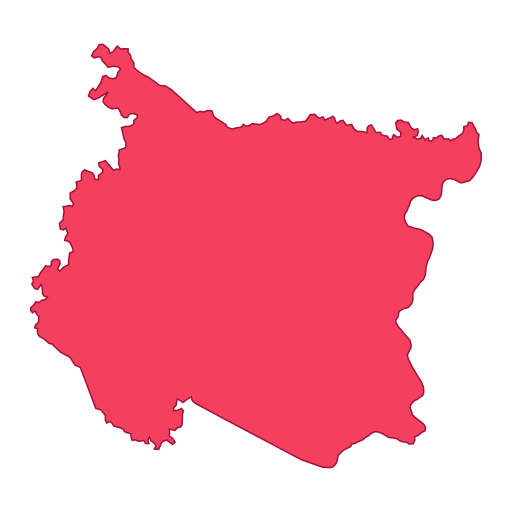 outline of Coronel Domingos Soares, Paraná, Brazil, rotated 90°
{"feature_id": "56859067B31393521005465", "entity_name": "Coronel Domingos Soares", "entity_type": "district", "adm_level": 2, "iso_a3": "BRA", "parent_name": "Brazil", "parent_adm1": "Paraná", "projection": "mercator", "projection_center": [-51.965, -26.173], "detail": "fine", "context": "isolated", "style": "filled", "palette": "rose", "viewbox_px": 512, "rotation_deg": 90, "n_neighbors": 0, "source": "geoboundaries", "source_scale": "gbopen_adm2", "svg_char_len": 5731}
<svg xmlns="http://www.w3.org/2000/svg" viewBox="0 0 512 512"><g transform="rotate(90 256 256)"><path d="M430.8,87.0L427.5,86.4L424.6,88.0L422.8,89.9L417.3,97.0L414.8,99.6L412.0,100.4L408.7,101.6L405.8,102.0L403.4,100.1L400.6,97.6L399.5,95.0L397.5,92.4L395.5,89.3L392.3,88.2L386.8,88.6L382.1,90.6L376.4,94.1L365.8,100.4L359.4,103.5L355.1,104.7L350.5,102.5L347.7,101.0L344.0,101.0L340.0,102.2L332.5,108.9L329.6,110.9L327.7,113.0L322.7,116.0L320.0,116.3L317.2,114.1L311.3,112.9L308.8,108.6L307.5,103.8L304.0,100.6L300.4,99.2L296.9,99.2L293.0,99.2L289.8,97.3L286.9,95.1L284.8,93.4L282.3,91.8L279.6,88.7L276.2,87.1L273.5,86.4L267.1,86.0L264.4,85.2L260.2,83.9L257.1,82.3L248.5,79.3L244.3,78.9L240.4,79.2L237.1,80.0L234.0,83.0L229.6,91.1L228.0,98.3L226.0,104.0L222.0,106.5L218.1,107.7L214.4,107.3L210.8,105.0L203.9,102.2L200.8,101.3L198.0,98.6L195.8,94.6L195.7,90.3L197.2,86.9L199.8,80.9L200.4,78.3L200.2,75.5L198.9,72.9L196.5,71.4L192.6,70.4L187.7,70.1L183.9,69.5L181.4,68.2L179.2,65.3L178.6,62.3L179.5,57.8L183.0,50.8L180.7,42.5L176.9,38.9L170.6,34.8L166.3,32.4L161.5,31.1L158.3,30.7L153.5,30.7L147.9,33.1L141.5,34.0L134.7,33.0L132.7,35.2L128.5,36.9L122.8,40.0L122.2,43.5L125.7,44.4L126.8,48.3L129.6,48.1L132.8,49.1L134.8,51.5L136.5,54.1L138.8,56.4L139.2,59.4L140.8,61.4L138.8,63.3L139.1,67.8L135.2,70.4L136.2,73.5L138.3,76.0L137.7,78.7L140.4,79.0L141.2,82.7L137.9,83.8L139.9,86.9L135.5,89.9L138.2,91.1L139.1,94.8L137.2,98.4L135.6,94.8L132.0,93.7L128.8,94.4L129.8,97.7L127.6,101.0L124.5,102.6L122.3,103.8L122.3,107.3L120.1,110.8L120.5,114.4L122.8,116.3L129.2,115.2L132.3,111.3L136.0,111.3L137.4,114.1L134.7,118.5L139.1,120.0L139.4,122.9L136.2,124.5L135.6,127.7L134.9,130.6L132.4,131.3L132.4,136.2L128.6,138.3L124.9,140.7L125.8,143.5L128.0,144.8L132.8,145.0L131.8,148.2L131.4,151.2L131.4,154.5L129.1,157.9L124.4,160.4L125.3,165.4L120.3,169.1L121.1,172.2L123.2,174.7L121.3,176.6L118.0,177.4L116.3,179.2L118.3,183.0L120.0,187.6L116.9,188.8L118.2,192.7L116.6,195.1L114.3,197.0L114.7,201.9L118.0,204.1L121.2,206.5L122.0,211.8L122.0,215.1L123.1,219.3L121.4,221.4L118.4,224.1L120.4,226.9L119.5,230.6L116.0,231.5L113.5,235.0L115.8,238.5L117.1,243.0L121.5,246.0L123.2,249.0L124.5,251.5L124.2,255.3L123.7,260.2L125.6,262.4L126.1,265.9L124.3,268.6L127.4,271.1L127.8,275.6L129.1,279.7L127.4,284.5L124.4,286.4L121.6,290.7L118.0,296.4L116.0,298.3L110.8,300.1L110.5,304.4L112.0,308.2L111.3,311.9L112.6,315.3L89.8,340.4L85.9,346.6L85.9,350.1L84.9,353.4L82.7,355.8L79.7,360.1L76.9,364.0L75.4,367.5L72.9,371.6L70.4,375.0L67.0,378.4L63.0,378.0L58.7,381.0L55.1,381.4L52.3,384.0L48.9,383.8L48.7,387.4L49.0,391.3L46.1,394.9L49.7,397.4L51.9,399.0L53.0,402.5L49.0,403.3L44.3,409.0L44.6,412.9L48.6,414.9L51.2,418.1L55.8,420.4L58.0,417.7L56.7,414.3L57.4,411.2L60.4,409.9L67.3,403.8L66.3,398.9L66.9,394.1L68.7,391.4L72.4,394.1L77.4,395.6L78.7,398.2L78.1,402.8L75.5,406.1L76.3,409.2L83.0,411.4L90.8,416.5L88.3,419.1L91.3,421.8L96.0,423.6L97.9,420.9L99.7,418.0L98.2,413.9L91.8,403.6L98.4,408.4L101.3,409.0L104.1,407.3L107.3,403.6L108.8,399.9L108.0,393.8L112.6,391.4L115.1,390.6L117.6,387.7L117.6,384.7L114.1,382.6L113.5,379.5L114.7,375.0L117.5,374.7L120.4,378.2L124.0,378.1L126.2,381.7L126.5,386.5L127.6,390.5L139.4,387.8L143.1,385.9L147.7,386.3L149.9,392.8L152.4,392.9L155.5,393.8L158.9,393.0L163.4,393.5L166.8,392.4L169.7,391.9L169.0,395.3L170.4,398.4L163.2,404.5L160.6,406.8L162.0,410.3L162.7,413.3L166.6,412.7L169.4,409.1L172.1,409.4L175.7,413.6L179.8,413.6L179.3,417.1L175.4,417.9L172.7,419.8L171.5,423.3L169.8,427.3L172.0,429.8L174.8,430.6L180.5,430.6L182.1,435.9L187.0,434.9L190.0,436.6L193.0,441.8L195.5,441.8L198.8,441.9L203.5,438.6L206.5,439.6L205.4,442.5L206.3,445.9L206.6,448.9L211.7,447.9L214.5,448.5L219.8,448.9L223.2,452.5L228.9,451.7L230.0,448.8L228.1,446.1L230.6,445.4L233.1,443.9L237.0,446.5L240.4,447.3L241.4,443.4L243.7,441.4L247.5,439.7L251.5,438.6L253.0,442.4L260.6,443.4L264.8,443.4L266.2,446.8L267.9,449.3L271.2,452.1L268.6,454.4L263.9,451.9L260.6,452.4L259.1,454.7L259.6,458.7L261.7,460.7L264.7,460.4L266.6,462.6L265.8,466.5L268.2,468.0L272.9,471.7L276.6,473.6L277.4,479.7L280.9,478.5L284.3,480.2L288.6,477.2L289.4,474.4L286.9,472.6L284.5,470.9L287.4,469.8L293.6,469.5L296.0,468.1L297.0,464.6L299.3,466.6L300.4,470.6L302.4,472.6L301.8,476.2L306.0,479.1L307.6,481.3L310.4,481.3L312.8,479.5L311.1,476.9L314.3,475.2L316.6,473.2L322.3,473.5L324.7,476.3L327.9,477.4L328.7,474.1L331.3,474.7L334.3,474.1L336.6,472.3L338.5,468.7L341.1,465.4L343.6,462.8L343.9,460.0L346.7,457.3L352.3,451.3L356.6,443.2L358.6,441.0L361.8,439.2L365.2,437.0L367.3,431.7L408.4,416.2L410.0,410.9L415.5,406.6L420.0,406.7L423.0,405.3L421.6,401.8L423.5,399.8L426.0,398.2L427.7,392.3L429.2,388.7L431.6,387.5L432.7,385.0L433.6,381.2L437.3,380.8L440.3,379.8L439.9,376.7L441.3,373.4L440.6,367.9L443.5,366.5L443.7,363.2L440.0,364.1L437.0,362.6L440.3,361.3L443.7,357.4L446.1,355.8L449.0,357.8L449.5,353.4L441.9,350.0L439.9,345.4L443.0,341.5L444.4,339.3L442.1,336.9L438.2,339.5L436.1,342.7L432.9,342.4L429.2,342.8L430.4,337.0L428.0,334.8L427.1,331.5L424.8,330.0L418.8,329.6L414.0,329.6L411.2,328.4L408.5,330.5L410.3,334.2L410.6,338.2L408.1,338.5L405.5,336.0L398.9,334.8L400.5,331.8L402.5,329.0L399.0,324.5L397.0,320.7L400.5,319.8L403.0,317.2L405.1,313.5L414.8,295.4L416.6,292.1L455.2,219.2L456.5,216.8L459.7,210.7L467.3,189.1L467.3,186.3L467.7,182.3L466.9,179.0L465.0,177.1L462.8,175.5L459.2,174.5L455.7,173.9L452.7,171.3L450.0,168.2L446.6,161.5L444.0,159.9L443.1,156.4L441.5,153.4L440.0,149.6L437.2,146.2L435.3,142.9L433.0,140.2L431.6,136.6L432.3,132.5L434.7,127.7L437.5,123.2L437.9,119.1L438.8,114.9L441.0,111.9L441.8,109.2L442.2,105.6L444.0,102.9L443.8,98.8L440.0,97.1L436.7,97.4L435.4,93.7L432.4,90.3L430.8,87.0Z" fill="#f43f5e" stroke="#9f1239" stroke-width="1.5"/></g></svg>